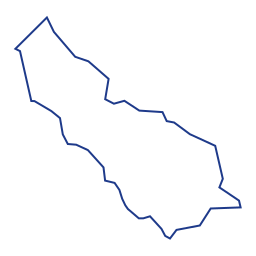 Richmond, Virginia, United States of America
{"feature_id": "52423323B34545641874308", "entity_name": "Richmond", "entity_type": "district", "adm_level": 2, "iso_a3": "USA", "parent_name": "United States of America", "parent_adm1": "Virginia", "projection": "orthographic", "projection_center": [-76.731, 37.958], "detail": "fine", "context": "isolated", "style": "outline", "palette": "blue", "viewbox_px": 256, "rotation_deg": 0, "n_neighbors": 0, "source": "geoboundaries", "source_scale": "gbopen_adm2", "svg_char_len": 643}
<svg xmlns="http://www.w3.org/2000/svg" viewBox="0 0 256 256"><path d="M15.4,48.8L20.0,51.1L31.3,101.0L34.5,101.1L51.4,111.1L60.0,118.1L62.8,134.4L67.8,144.0L76.2,144.7L87.9,150.1L103.5,167.4L105.1,180.6L114.6,182.9L119.4,189.9L122.2,198.8L125.3,205.3L127.9,209.0L138.8,218.3L143.4,218.3L150.0,216.3L161.5,228.9L165.2,235.9L170.0,238.5L176.5,229.9L199.8,225.5L210.7,208.5L240.6,207.4L239.0,200.6L219.4,187.4L222.8,178.8L215.2,145.8L189.9,134.2L174.1,122.5L166.7,121.1L162.5,112.1L139.3,110.6L124.4,100.8L113.9,103.7L105.2,99.2L108.6,78.9L88.4,61.3L75.2,56.8L53.9,31.9L46.9,17.5L15.4,48.8Z" fill="none" stroke="#1e3a8a" stroke-width="2"/></svg>